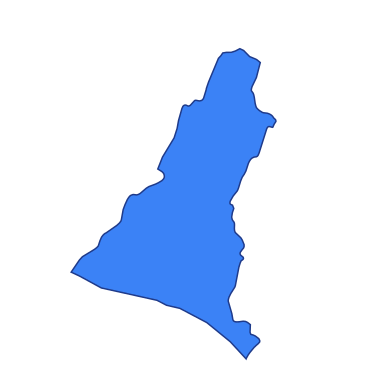 SVG path tracing the border of La Libertad, rotated 13°
{"feature_id": "SLV-1346", "entity_name": "La Libertad", "entity_type": "Department", "adm_level": 1, "iso_a3": "SLV", "parent_name": "El Salvador", "parent_adm1": "", "projection": "robinson", "projection_center": [-89.306, 13.743], "detail": "fine", "context": "isolated", "style": "filled", "palette": "blue", "viewbox_px": 384, "rotation_deg": 13, "n_neighbors": 0, "source": "natural_earth", "source_scale": "10m", "svg_char_len": 2590}
<svg xmlns="http://www.w3.org/2000/svg" viewBox="0 0 384 384"><g transform="rotate(13 192 192)"><path d="M282.2,342.4L263.0,329.3L235.8,315.9L206.3,308.1L192.7,308.1L182.2,305.4L125.3,305.9L100.9,299.1L92.3,297.3L93.4,294.4L97.6,283.6L99.8,279.7L109.9,269.8L111.7,267.6L112.8,265.7L113.3,260.2L114.0,256.4L115.0,254.1L115.9,252.7L116.7,251.8L117.5,251.2L126.3,241.4L128.3,238.5L129.3,236.2L129.4,234.7L128.9,224.6L129.6,219.3L130.7,213.9L131.6,211.4L132.5,209.7L133.3,208.9L135.0,207.8L135.8,207.6L138.7,207.3L140.2,206.5L141.8,205.1L146.6,198.6L148.8,196.4L154.7,192.5L157.2,190.5L160.1,187.7L161.2,185.9L161.7,184.2L161.5,182.9L161.1,181.8L160.6,180.9L159.9,180.1L159.1,179.5L158.1,178.9L153.5,177.3L155.4,164.6L162.4,143.3L163.2,133.5L162.8,125.3L163.4,113.0L163.9,110.5L164.5,109.6L165.3,109.0L166.3,108.7L167.4,108.8L168.4,109.1L169.5,109.0L170.8,108.0L174.0,102.3L174.9,101.8L176.0,101.7L177.3,101.7L178.8,101.6L180.8,100.6L181.7,99.4L182.2,97.9L182.8,89.2L182.7,87.8L183.4,81.1L187.7,55.8L189.5,52.7L190.7,49.6L194.1,48.2L198.8,47.1L202.5,44.9L206.4,41.6L210.5,42.5L217.7,47.1L224.3,48.2L225.6,48.6L229.4,50.5L229.0,66.0L226.8,75.8L226.7,78.3L227.0,79.9L229.4,82.0L230.4,83.6L231.5,86.0L233.5,91.2L234.7,93.6L235.8,95.3L237.5,96.5L239.4,97.5L242.6,98.6L243.9,98.7L247.5,98.3L248.8,98.4L250.0,98.6L251.1,98.9L252.2,99.3L253.5,100.1L255.0,101.5L257.1,102.7L257.7,103.7L257.9,104.4L256.8,107.4L256.3,110.0L256.2,110.6L255.8,110.9L252.8,110.8L251.8,111.1L251.1,111.9L250.6,113.4L248.6,138.9L248.1,141.5L247.6,142.5L246.8,143.2L244.7,144.0L243.9,144.6L243.0,145.3L241.8,147.0L241.0,149.2L240.5,151.4L239.8,159.4L238.9,162.9L237.6,166.3L236.9,170.5L236.4,177.8L236.1,179.8L235.8,180.9L233.0,186.7L231.3,192.4L231.4,194.3L232.1,195.2L233.1,195.5L234.4,195.7L236.4,198.6L236.0,203.1L236.3,207.5L236.8,208.6L237.3,209.6L238.0,210.5L239.5,211.7L240.3,212.8L240.8,214.4L241.5,218.0L242.1,219.9L242.9,221.3L243.7,222.0L249.5,225.4L250.2,225.9L251.9,227.7L254.6,231.6L255.0,233.4L254.9,234.8L253.6,237.5L252.6,240.0L252.7,241.4L253.5,242.5L256.6,244.1L257.1,245.2L256.9,246.2L256.2,247.1L255.4,247.8L254.9,250.4L254.6,254.7L255.3,273.6L255.1,275.1L252.6,282.3L251.7,286.2L251.6,288.4L251.8,290.1L258.2,301.6L260.5,307.1L261.1,307.9L262.0,308.5L263.2,308.7L264.4,308.6L266.7,308.0L270.9,306.4L273.2,306.1L274.7,306.4L275.7,306.7L278.7,308.1L280.1,315.6L281.3,317.5L282.3,317.5L284.0,317.6L286.2,318.1L290.1,319.9L291.4,321.5L291.7,322.8L290.7,324.8L288.8,327.4L288.3,328.3L287.6,329.2L284.5,335.4L283.4,338.1L282.2,342.3L282.2,342.4Z" fill="#3b82f6" stroke="#1e3a8a" stroke-width="1.5"/></g></svg>